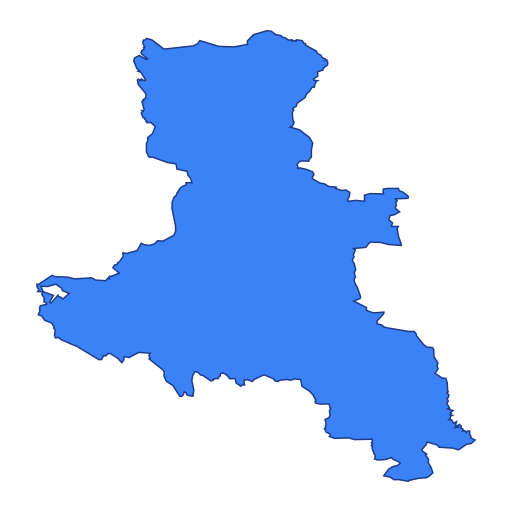 Ås nor, Akershus, Norway
{"feature_id": "86288312B89206777827564", "entity_name": "Ås nor", "entity_type": "district", "adm_level": 2, "iso_a3": "NOR", "parent_name": "Norway", "parent_adm1": "Akershus", "projection": "natural_earth1", "projection_center": [10.806, 59.679], "detail": "fine", "context": "isolated", "style": "filled", "palette": "blue", "viewbox_px": 512, "rotation_deg": 0, "n_neighbors": 0, "source": "geoboundaries", "source_scale": "gbopen_adm2", "svg_char_len": 5984}
<svg xmlns="http://www.w3.org/2000/svg" viewBox="0 0 512 512"><path d="M408.3,481.3L408.5,480.5L419.0,478.2L426.2,477.7L428.5,476.7L432.9,472.8L431.1,467.6L428.3,462.7L428.5,459.2L425.5,455.0L426.7,454.2L422.3,450.9L422.1,449.3L426.4,444.4L427.0,442.0L437.1,444.9L439.0,447.2L452.7,448.1L458.6,449.8L466.5,444.3L471.2,443.5L475.1,440.0L471.2,438.0L470.5,435.2L469.6,434.6L469.8,431.2L467.6,431.0L466.3,432.5L465.3,430.9L462.5,430.8L463.2,430.0L462.7,428.9L460.7,427.9L461.3,426.1L459.4,424.4L457.8,425.5L458.5,427.4L455.1,427.5L457.3,426.1L455.5,425.3L456.5,421.7L453.6,423.4L451.6,419.9L448.9,419.6L450.3,418.4L450.4,416.2L452.1,415.4L450.0,415.2L449.9,414.3L451.4,413.5L450.5,412.3L453.0,410.5L447.7,408.9L449.5,408.1L446.8,403.2L448.3,401.1L446.8,398.3L448.1,397.7L449.0,395.2L446.9,392.7L448.2,391.8L447.6,390.8L447.3,382.9L445.7,378.3L442.6,378.3L435.1,373.4L438.0,368.8L437.0,365.5L438.0,363.2L434.0,356.7L433.7,349.5L432.4,347.5L426.8,347.1L423.6,344.7L416.5,335.7L416.2,334.0L414.1,331.4L409.2,331.5L386.8,327.8L383.7,326.8L381.8,325.0L377.1,323.8L377.1,321.0L383.8,313.6L383.9,312.1L373.7,312.9L370.8,312.1L366.5,310.3L366.4,307.5L353.9,301.1L360.1,298.5L360.6,296.8L357.3,287.3L354.5,282.4L354.2,279.4L355.5,277.1L354.2,273.1L355.7,269.8L354.1,263.2L352.5,260.9L352.7,259.1L354.1,257.0L353.3,254.9L355.3,250.0L353.5,248.5L365.8,247.4L369.1,243.0L371.1,242.1L381.0,242.5L388.5,244.5L401.1,245.5L401.4,244.7L398.6,236.8L397.1,228.7L398.3,226.5L391.4,226.4L392.5,222.9L388.7,219.7L390.2,215.5L394.1,214.8L399.6,211.8L395.9,208.8L395.4,207.1L396.3,205.6L395.8,202.6L397.2,200.8L395.4,198.9L406.7,198.4L408.3,197.9L408.1,196.1L402.5,191.9L399.2,190.8L398.5,188.4L388.4,188.4L383.4,189.0L383.0,191.6L383.6,193.7L382.9,193.9L370.2,193.6L364.5,195.2L364.5,201.2L355.4,200.4L347.9,201.3L347.7,199.2L349.2,196.6L349.9,192.4L345.8,190.0L341.4,190.5L335.4,188.3L336.2,187.1L329.0,186.5L324.5,183.9L319.9,183.0L312.4,178.8L312.5,176.8L314.0,174.4L312.4,171.7L306.2,169.3L299.9,167.9L297.8,168.4L298.1,167.3L296.9,164.7L298.8,162.2L301.6,160.9L308.8,161.2L309.5,158.6L311.4,157.1L311.4,150.0L312.7,143.1L309.5,137.5L299.5,129.8L290.2,127.2L292.3,126.2L294.2,122.4L292.9,120.6L292.3,112.7L293.7,110.1L292.8,108.3L296.3,106.2L297.0,103.3L304.8,97.8L306.6,93.9L309.2,91.8L312.0,87.4L314.4,87.1L314.7,84.8L316.5,81.1L317.4,80.7L313.6,80.1L313.4,79.0L317.8,76.1L317.5,71.9L323.0,70.0L323.4,68.1L327.5,65.0L327.8,62.0L327.0,61.5L327.0,60.2L325.3,60.4L325.9,59.7L325.5,59.0L322.2,57.7L321.0,55.3L317.4,53.5L316.4,51.1L305.5,45.2L305.5,43.6L303.6,43.2L302.9,41.3L301.6,40.5L296.4,39.8L295.7,40.5L296.9,41.3L293.4,40.6L292.3,41.3L291.6,40.8L291.9,39.8L288.3,40.1L285.8,38.1L282.1,37.0L281.0,35.6L275.5,34.5L271.4,31.3L266.9,30.7L253.5,34.7L247.3,41.0L247.5,44.4L234.0,46.9L218.8,46.4L199.8,40.6L197.7,43.6L193.3,45.9L164.0,49.1L152.1,40.0L146.5,38.4L144.7,40.2L143.4,40.1L142.7,42.6L144.7,47.4L143.7,47.5L144.0,49.2L141.8,50.5L141.8,51.9L141.0,52.4L141.8,54.1L147.5,58.8L145.9,59.3L139.3,55.5L135.1,57.6L134.2,58.7L133.8,61.0L136.8,68.5L139.3,70.7L138.1,71.2L141.0,72.3L145.7,80.0L144.5,80.7L141.5,79.1L141.4,80.2L140.6,79.7L140.0,80.6L138.6,79.2L137.4,80.0L138.3,84.5L145.4,93.2L146.2,95.8L145.1,98.7L143.1,99.7L143.5,100.5L141.9,101.5L144.1,109.3L143.4,110.7L141.8,110.5L142.6,111.6L141.3,113.0L142.2,115.6L143.3,117.8L145.1,118.2L144.9,119.4L146.4,120.7L146.1,121.4L146.9,121.4L147.0,122.7L150.6,122.4L155.4,126.5L152.5,133.6L147.7,137.6L147.7,140.9L146.4,143.5L146.4,151.8L148.6,156.5L150.3,157.4L152.1,157.0L167.5,162.5L176.0,163.8L177.0,169.1L187.1,171.3L188.0,175.4L190.5,178.2L192.0,182.7L186.1,182.7L185.9,185.0L181.9,186.6L179.2,189.2L179.2,190.4L178.0,191.2L177.9,192.5L177.2,192.7L175.6,196.4L174.5,196.5L172.2,201.7L172.0,208.5L175.6,226.3L175.6,231.5L173.6,235.4L163.0,241.1L157.6,240.7L154.3,244.0L149.5,245.4L144.2,244.7L141.2,243.2L137.2,250.5L127.0,253.4L122.7,253.0L123.3,256.1L119.6,261.5L117.6,262.8L117.0,264.4L114.5,265.0L112.9,267.8L119.2,273.1L110.5,276.6L109.5,276.2L108.5,277.7L109.3,278.7L107.5,278.6L105.7,280.7L95.9,280.1L91.5,277.8L74.8,278.9L68.0,277.2L55.0,276.6L52.2,275.3L38.5,284.4L36.9,284.2L37.0,286.9L38.9,289.7L37.7,291.6L43.3,291.8L41.7,294.2L44.1,297.8L44.0,301.8L46.5,303.1L46.6,304.4L40.3,305.7L39.4,309.0L40.1,310.3L38.3,314.7L41.8,316.1L44.6,320.2L52.4,323.4L52.4,324.8L54.3,326.6L53.6,328.1L55.3,330.1L54.5,335.1L55.5,337.9L57.9,337.4L62.0,340.1L77.5,346.7L98.9,359.7L101.6,359.5L103.6,355.6L105.7,356.0L108.2,353.5L110.5,353.6L118.1,358.6L121.8,362.7L123.7,360.0L124.2,356.6L129.1,357.5L138.8,352.4L150.3,353.2L148.9,355.4L150.2,358.5L149.2,359.0L163.3,370.2L164.3,372.7L163.9,375.9L166.4,381.3L173.0,385.6L179.8,396.4L181.6,396.4L183.0,395.3L184.4,391.8L186.2,392.8L186.7,394.6L188.0,395.4L192.9,396.2L193.8,390.0L191.8,380.6L192.7,375.6L194.9,371.6L198.4,372.5L200.4,374.9L202.8,375.4L211.0,381.0L213.2,380.3L213.6,379.1L218.3,378.4L218.4,377.3L220.1,376.0L220.5,373.8L221.7,373.1L224.4,373.4L227.4,375.6L229.8,378.8L235.0,378.4L236.1,382.9L240.8,386.2L242.5,384.7L244.5,385.0L243.8,380.3L247.4,379.7L252.3,381.5L254.4,379.3L264.0,374.8L273.1,378.6L275.1,381.0L278.0,381.5L279.9,380.2L286.1,379.5L291.2,380.1L294.4,378.9L300.6,379.6L302.1,386.4L309.7,391.3L313.2,395.2L315.9,400.5L315.0,401.8L315.5,403.0L320.2,404.1L329.1,403.9L330.1,407.9L331.0,408.2L329.4,410.6L330.1,415.0L328.9,417.8L325.1,419.5L326.2,424.4L325.5,425.3L325.5,427.8L324.4,428.6L326.3,432.2L330.4,434.3L330.5,435.3L329.4,436.4L334.4,438.3L348.9,437.9L354.4,439.6L372.1,439.2L372.3,441.9L371.4,442.9L372.7,444.0L371.3,445.5L372.5,447.1L372.0,448.1L374.2,454.0L375.5,455.8L374.5,459.0L377.8,460.0L385.7,459.5L391.6,457.5L392.4,458.9L399.3,462.2L400.2,463.5L397.1,465.7L392.8,466.6L388.5,469.3L383.7,475.8L390.3,477.2L394.0,479.7L398.9,479.6L408.3,481.3ZM43.3,291.8L40.7,286.3L47.7,286.5L55.8,284.2L61.5,288.1L62.6,290.7L69.2,293.5L62.7,299.1L60.8,297.2L58.6,296.6L58.0,295.1L51.3,302.9L49.6,302.2L53.4,295.3L43.3,291.8Z" fill="#3b82f6" stroke="#1e3a8a" stroke-width="1.5"/></svg>